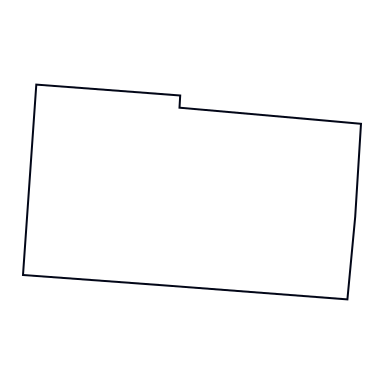 outline of Champaign, Ohio, United States of America
{"feature_id": "52423323B54986091117207", "entity_name": "Champaign", "entity_type": "district", "adm_level": 2, "iso_a3": "USA", "parent_name": "United States of America", "parent_adm1": "Ohio", "projection": "mercator", "projection_center": [-83.777, 40.142], "detail": "fine", "context": "isolated", "style": "outline", "palette": "ink", "viewbox_px": 384, "rotation_deg": 0, "n_neighbors": 0, "source": "geoboundaries", "source_scale": "gbopen_adm2", "svg_char_len": 253}
<svg xmlns="http://www.w3.org/2000/svg" viewBox="0 0 384 384"><path d="M23.0,275.0L165.8,285.5L347.4,299.4L355.2,216.9L361.0,123.8L325.5,120.6L179.5,107.7L180.2,95.5L36.3,84.6L31.2,157.7L23.0,275.0Z" fill="none" stroke="#020617" stroke-width="2"/></svg>